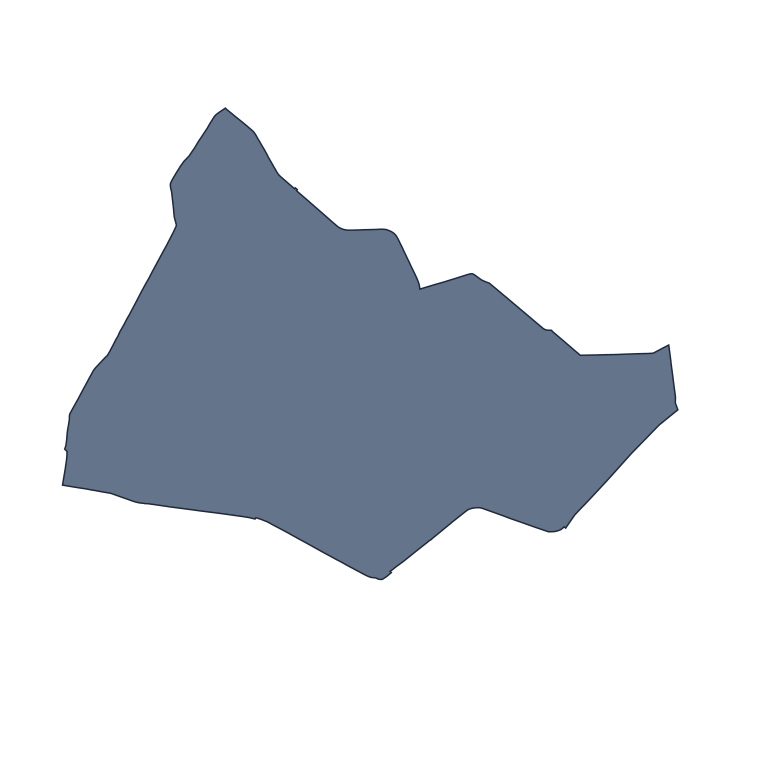 the district of Venustiano Carranza, Distrito Federal, Mexico, rotated 20°
{"feature_id": "50627088B79024573117957", "entity_name": "Venustiano Carranza", "entity_type": "district", "adm_level": 2, "iso_a3": "MEX", "parent_name": "Mexico", "parent_adm1": "Distrito Federal", "projection": "mercator", "projection_center": [-99.095, 19.432], "detail": "fine", "context": "isolated", "style": "filled", "palette": "slate", "viewbox_px": 768, "rotation_deg": 20, "n_neighbors": 0, "source": "geoboundaries", "source_scale": "gbopen_adm2", "svg_char_len": 5675}
<svg xmlns="http://www.w3.org/2000/svg" viewBox="0 0 768 768"><g transform="rotate(20 384 384)"><path d="M140.6,179.0L136.4,184.8L134.0,188.4L133.0,191.0L132.8,192.0L131.2,199.4L130.5,203.8L129.8,206.7L127.6,215.9L127.1,217.7L126.4,221.0L125.3,226.7L122.8,236.5L121.2,240.2L121.2,240.4L120.8,241.0L119.8,243.3L118.0,249.8L117.5,252.5L116.5,257.1L115.1,264.7L114.8,267.6L114.8,268.9L115.3,270.5L116.4,272.6L117.2,273.9L118.7,276.1L124.9,288.5L126.9,292.7L129.3,297.8L129.8,298.8L134.5,305.6L134.7,306.8L134.1,313.6L133.4,319.0L132.8,323.9L132.2,328.6L131.1,335.3L129.9,343.8L128.7,351.8L127.8,357.9L127.0,364.4L126.0,370.2L124.7,378.5L123.9,384.5L123.2,389.9L122.8,393.1L121.9,399.3L121.7,400.8L121.1,405.4L120.5,408.8L120.0,411.7L119.4,416.7L118.3,423.1L118.0,424.8L117.9,425.6L117.6,429.9L117.2,432.1L117.0,433.2L116.9,433.6L116.0,440.9L115.1,447.3L114.3,451.9L113.8,452.7L112.8,454.8L110.3,460.6L107.3,467.6L106.4,470.4L104.8,480.6L104.5,482.9L103.1,492.4L101.6,503.0L101.1,506.1L99.9,513.4L99.0,519.3L99.3,521.7L100.4,524.7L101.5,530.2L102.1,533.7L102.6,536.4L103.3,539.3L104.5,543.5L105.3,546.8L106.0,550.1L106.2,552.5L106.2,554.4L109.2,555.8L110.6,559.9L111.6,563.8L112.5,568.0L113.0,570.6L113.3,571.7L115.3,582.6L116.5,589.0L128.7,586.7L133.4,585.8L140.3,584.4L144.2,583.8L145.0,583.7L148.4,583.0L149.1,582.9L153.2,582.2L155.2,581.9L158.5,581.3L164.5,580.2L175.6,580.1L181.4,580.0L187.2,580.0L190.6,579.9L194.0,579.5L195.1,579.3L199.1,578.3L200.6,578.1L201.1,577.9L201.6,577.7L203.6,577.1L206.1,576.6L210.6,575.6L224.8,572.7L244.1,568.4L253.3,566.4L256.5,565.7L262.2,564.4L271.0,562.4L276.0,561.3L282.4,559.9L288.1,558.7L297.9,556.6L303.3,555.6L309.0,555.0L309.3,553.5L309.8,553.4L312.8,553.3L315.0,553.2L316.4,553.3L320.6,553.4L322.7,553.6L325.6,554.0L326.4,554.2L329.3,554.6L332.2,555.0L335.2,555.4L338.1,555.8L341.0,556.2L344.1,556.7L344.4,556.7L349.1,557.5L353.9,558.2L354.3,558.3L358.0,558.9L363.6,559.7L368.7,560.5L373.1,561.2L377.5,561.9L383.1,562.8L387.2,563.4L390.6,563.9L394.5,564.5L398.4,565.1L402.3,565.6L406.4,566.2L409.9,566.8L413.8,567.4L417.7,567.9L421.6,568.5L426.2,569.1L429.3,569.6L433.5,570.1L435.7,570.2L436.6,570.2L437.0,570.2L438.9,570.0L441.6,569.3L442.2,569.0L445.4,569.3L447.4,568.9L449.2,568.2L452.2,564.2L455.4,558.7L455.2,558.6L453.8,557.9L455.2,556.0L456.0,554.8L456.7,553.5L458.2,551.1L460.6,547.5L462.2,545.2L463.7,542.8L465.5,539.8L466.8,537.7L468.0,535.7L469.3,533.5L471.7,529.6L473.9,526.0L476.8,521.3L478.5,518.6L480.3,515.5L481.1,514.7L481.7,513.7L482.0,513.1L482.1,512.9L482.5,512.2L489.0,501.2L494.9,491.2L495.5,490.1L500.5,482.0L502.7,478.4L505.4,474.1L506.5,472.8L508.4,471.3L509.8,470.4L511.7,469.3L513.6,468.5L515.7,467.7L517.1,467.4L519.1,467.2L519.6,467.2L534.6,467.1L541.2,467.1L548.9,467.2L563.0,467.0L575.5,466.9L589.1,466.6L589.5,466.5L590.2,466.2L591.5,465.7L592.7,465.2L593.7,464.8L594.6,464.4L595.3,464.0L596.0,463.5L596.7,463.1L597.5,462.5L598.6,461.6L599.8,460.5L600.5,459.6L601.0,458.7L601.5,457.8L602.1,456.6L604.0,457.3L605.1,452.9L607.4,444.2L608.1,441.6L609.9,437.4L611.3,434.2L611.6,433.5L613.6,429.0L613.7,428.9L616.0,423.6L616.4,422.7L626.2,399.5L627.3,396.8L628.0,395.1L640.4,364.3L655.1,331.7L656.8,328.0L659.8,323.0L666.1,312.5L667.6,310.0L669.0,307.8L664.2,302.1L662.5,296.9L661.8,295.5L659.0,290.1L658.7,289.6L653.2,278.9L652.6,277.7L652.0,276.6L646.0,265.1L645.7,264.3L638.5,250.5L638.2,250.0L636.4,252.0L633.7,254.9L630.7,258.3L630.0,259.0L628.6,260.6L626.4,263.0L621.3,265.2L617.1,266.8L611.8,268.9L605.9,271.3L602.1,272.8L593.1,276.5L588.5,278.3L583.5,280.2L578.7,282.1L573.1,284.3L565.8,287.1L559.6,289.5L558.6,289.9L556.3,289.0L555.0,288.5L550.6,286.9L546.5,285.3L542.1,283.7L538.0,282.1L524.2,277.0L523.1,276.2L520.2,277.2L518.2,277.7L517.3,277.8L516.2,277.7L515.2,277.5L514.6,277.4L505.9,274.2L473.5,262.3L467.9,260.2L466.8,259.9L456.2,256.0L448.4,253.2L444.2,253.2L441.6,253.0L439.8,252.8L432.9,250.8L431.0,250.3L429.0,250.2L427.1,251.2L424.4,253.1L416.0,259.6L408.1,265.6L405.8,267.4L398.0,273.0L387.2,281.1L385.2,282.6L384.2,280.5L382.6,277.9L379.8,274.6L377.8,272.5L374.8,269.5L373.3,268.1L372.4,267.2L369.5,264.4L367.5,262.4L367.1,262.0L364.9,259.8L362.4,257.4L361.0,256.0L359.8,254.8L357.3,252.4L356.4,251.5L354.6,249.6L353.0,248.1L351.9,247.1L350.5,245.7L348.0,243.3L346.9,242.3L345.2,240.9L344.6,240.4L342.9,239.5L341.3,238.9L339.4,238.4L337.9,238.2L336.0,238.1L333.8,238.1L332.3,238.3L331.2,238.6L328.6,239.4L327.9,239.7L324.1,241.3L323.9,241.4L319.8,243.0L316.8,244.2L313.4,245.5L310.6,246.7L309.8,247.0L306.6,248.3L303.7,249.4L302.8,249.8L297.7,251.7L297.1,251.9L293.9,252.5L292.4,252.6L291.8,252.6L290.1,252.5L288.2,252.3L286.3,251.8L286.1,251.8L285.9,251.7L285.6,251.5L282.7,250.4L282.0,250.2L280.3,249.5L277.9,248.6L274.6,247.3L271.3,246.0L268.5,244.9L266.9,244.3L265.6,243.8L262.5,242.6L258.1,240.9L256.8,240.4L253.6,239.2L250.7,238.0L249.3,237.5L247.8,236.9L244.8,235.8L242.0,234.7L240.4,234.1L239.0,233.6L235.7,232.3L236.1,231.0L234.9,230.5L233.6,230.0L233.3,231.1L229.7,229.8L228.2,229.2L226.8,228.7L225.0,228.0L224.0,227.6L223.0,227.2L220.8,226.4L217.5,225.1L216.4,224.7L216.0,224.6L214.7,223.9L213.5,223.4L212.9,223.0L211.8,222.2L210.7,221.4L209.9,220.7L207.6,218.7L207.1,218.4L204.8,216.4L202.0,214.0L201.5,213.6L198.9,211.4L198.1,210.8L195.3,208.1L193.0,206.1L191.3,204.6L187.8,201.8L185.2,199.6L182.9,197.7L182.1,197.1L179.0,194.4L177.8,193.4L177.4,193.1L176.7,192.6L176.1,192.2L175.2,191.7L174.7,191.4L173.9,191.0L173.5,190.9L172.3,190.4L170.1,189.6L167.0,188.4L166.7,188.3L163.4,187.1L160.5,186.1L157.5,185.1L154.4,184.0L153.9,183.9L148.4,181.9L145.1,180.8L142.3,179.8L141.5,179.5L141.0,179.2L140.6,179.0Z" fill="#64748b" stroke="#1e293b" stroke-width="1.5"/></g></svg>